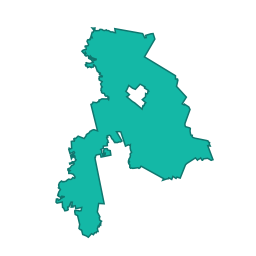 Olaines pag., Olaines, Latvia (Mercator projection), rotated 83°
{"feature_id": "27541924B81919348432461", "entity_name": "Olaines pag.", "entity_type": "district", "adm_level": 2, "iso_a3": "LVA", "parent_name": "Latvia", "parent_adm1": "Olaines", "projection": "mercator", "projection_center": [24.014, 56.772], "detail": "fine", "context": "isolated", "style": "filled", "palette": "teal", "viewbox_px": 256, "rotation_deg": 83, "n_neighbors": 0, "source": "geoboundaries", "source_scale": "gbopen_adm2", "svg_char_len": 5915}
<svg xmlns="http://www.w3.org/2000/svg" viewBox="0 0 256 256"><g transform="rotate(83 128 128)"><path d="M134.4,185.9L141.3,186.4L141.8,187.9L141.0,188.4L140.9,188.9L141.8,188.8L141.9,189.4L146.1,188.7L145.8,186.8L146.0,186.2L145.1,185.6L144.8,184.6L146.1,184.0L146.9,185.0L148.1,185.4L148.3,186.3L147.5,186.5L147.8,188.4L151.6,187.9L150.5,187.0L148.4,186.7L148.2,185.4L148.6,185.4L148.5,184.9L149.1,184.5L149.4,184.9L149.3,185.5L149.9,185.8L150.4,185.4L149.9,184.2L152.2,184.2L153.2,183.4L154.2,184.2L154.7,185.2L155.0,186.3L154.7,187.4L155.5,187.3L155.8,190.3L156.8,190.1L156.1,187.6L156.1,186.3L156.4,185.8L157.1,185.9L157.7,186.5L158.6,188.7L160.5,190.2L161.2,192.6L162.2,192.8L162.7,192.7L162.4,191.6L163.3,190.6L163.9,192.1L165.9,192.3L166.2,190.1L167.3,187.9L169.8,186.6L170.9,186.7L171.4,187.2L170.4,188.8L171.9,190.3L172.1,191.0L171.9,192.0L171.5,193.0L172.3,194.8L173.1,195.6L173.6,198.3L173.3,198.6L173.4,199.7L172.5,200.3L172.9,201.2L174.0,202.7L176.1,203.8L178.7,203.7L179.0,204.3L179.6,203.8L179.4,203.4L180.9,202.6L183.0,204.4L185.4,205.6L185.9,205.2L186.3,205.9L187.1,205.5L188.8,203.0L187.6,202.1L188.3,199.7L188.6,199.8L189.1,201.7L189.7,202.4L189.2,203.2L190.6,204.0L191.3,206.0L189.8,206.3L189.8,207.7L192.8,208.5L193.9,207.6L193.5,202.3L198.9,202.6L199.5,201.7L202.5,200.8L202.4,198.6L201.8,197.3L199.2,197.5L199.1,196.3L194.6,193.6L194.8,192.3L197.2,193.0L198.1,192.9L197.8,193.7L199.6,194.1L199.7,192.2L198.9,192.2L198.7,189.9L201.7,189.7L201.2,183.6L204.3,184.6L204.5,186.7L204.0,187.0L203.4,190.8L204.7,191.1L207.4,190.9L208.8,188.7L217.8,187.7L221.8,188.9L223.3,187.5L223.3,187.0L223.8,186.5L228.2,185.9L230.1,182.4L231.6,180.7L228.4,177.1L229.7,175.3L227.9,173.9L228.1,172.3L227.1,172.0L227.1,170.3L224.2,170.7L221.8,169.5L222.6,168.8L222.3,168.4L221.4,168.2L221.2,167.7L220.8,167.9L220.7,167.3L220.4,167.7L220.3,167.4L220.5,167.2L220.3,167.2L220.2,167.4L220.2,167.5L219.5,167.5L219.1,166.5L218.4,166.7L217.3,165.6L216.0,167.3L213.4,167.4L212.8,166.7L207.6,168.7L199.3,166.3L200.3,160.9L153.5,164.5L153.4,164.0L152.3,163.8L150.9,162.7L150.6,158.6L153.6,158.3L152.8,148.3L148.3,148.4L147.2,151.1L146.2,151.0L145.8,151.5L145.8,154.1L147.9,155.0L150.3,155.2L150.2,153.6L151.4,153.9L152.3,156.3L150.9,156.3L149.2,157.1L147.2,156.8L145.9,157.6L145.2,155.1L143.0,154.7L143.0,150.6L140.3,150.5L139.9,149.3L139.0,149.7L138.5,149.4L135.2,150.4L134.6,150.3L134.6,149.2L133.2,149.5L132.9,147.2L133.7,146.3L136.8,145.3L137.3,144.6L140.2,143.3L140.7,142.2L140.9,142.4L141.2,140.3L140.7,138.5L140.9,137.0L140.2,135.6L130.3,139.9L130.5,137.2L131.0,135.6L145.7,132.7L144.7,129.6L145.4,128.6L144.9,127.7L148.1,128.3L150.6,128.1L152.5,127.4L154.1,129.1L155.3,128.9L157.4,129.5L158.6,130.6L160.8,131.6L161.1,130.9L161.8,130.6L162.0,130.8L161.9,131.6L162.4,131.8L163.9,131.4L164.8,130.7L167.4,131.0L167.8,130.5L168.2,130.4L168.2,129.2L168.6,128.5L168.7,127.4L168.6,123.0L169.4,122.0L168.7,120.6L167.6,120.0L167.6,119.5L182.6,98.8L184.1,99.9L183.2,95.4L183.4,94.4L182.4,93.7L184.4,90.9L181.5,89.3L183.9,86.5L182.7,85.4L184.1,82.3L171.5,75.4L170.3,73.8L165.9,64.7L168.4,63.0L167.6,61.8L167.3,60.6L166.6,59.5L169.0,58.4L169.1,57.9L167.8,56.8L167.8,52.6L170.2,49.4L169.8,47.5L155.3,51.0L155.9,48.6L154.6,49.0L154.5,49.5L152.4,48.8L152.1,49.6L150.6,50.2L150.0,51.5L146.2,63.0L145.1,65.0L144.1,65.5L143.1,65.1L142.5,66.6L138.5,66.8L136.1,66.2L135.5,66.6L133.7,70.7L133.1,71.0L131.2,71.1L130.0,70.7L117.2,64.2L114.5,65.1L111.2,69.1L111.9,69.5L110.6,71.3L104.5,66.3L92.6,74.8L87.0,72.8L87.1,73.2L85.4,73.0L85.1,74.9L81.9,74.5L59.4,103.0L43.0,90.5L37.3,91.6L37.3,93.8L38.2,99.2L40.5,98.9L40.5,100.4L36.1,102.0L27.8,129.0L31.9,128.8L31.5,130.4L30.8,131.4L30.5,133.5L29.0,135.4L28.6,137.3L28.0,137.6L28.4,139.0L28.3,140.1L27.6,141.3L27.1,141.7L26.7,143.5L26.7,143.8L27.7,144.6L27.6,147.9L27.3,148.7L26.3,149.0L24.7,148.6L24.7,150.4L24.4,151.4L27.1,149.8L28.6,150.9L28.6,151.9L32.4,153.5L32.4,153.0L34.1,152.5L33.9,154.1L34.5,154.8L35.6,154.7L35.8,155.3L35.5,156.7L35.8,157.0L35.6,157.2L35.8,157.5L37.0,158.1L40.3,157.0L41.3,157.5L41.5,157.9L41.4,160.4L42.1,160.7L42.4,159.8L44.9,159.9L45.0,160.7L44.9,161.6L45.5,163.6L46.2,164.4L48.4,162.9L49.1,162.1L49.0,161.8L47.7,161.1L48.9,160.6L50.2,162.0L51.3,161.2L51.5,160.3L51.0,159.6L51.8,158.4L53.0,158.2L52.8,157.1L51.9,156.6L53.8,155.3L55.5,151.9L55.5,151.4L56.3,151.3L56.9,153.7L56.3,153.5L55.6,153.8L53.6,157.6L53.4,157.5L53.3,158.5L54.1,158.5L55.4,156.6L57.2,154.9L57.3,155.4L58.6,154.7L59.2,158.1L58.7,160.2L58.1,161.3L58.3,161.7L59.2,161.1L60.0,162.6L61.2,162.4L61.7,161.1L63.1,160.7L62.6,159.2L62.5,158.7L62.8,157.7L63.2,157.7L63.6,157.0L63.1,156.3L63.4,155.3L62.6,154.5L61.0,154.5L60.9,154.2L62.0,153.6L62.8,152.7L67.7,151.6L67.7,151.1L68.2,151.1L69.4,150.3L69.6,150.0L69.5,149.4L69.9,148.9L70.4,148.8L70.6,149.6L71.3,149.8L73.4,147.2L74.0,147.4L74.0,148.5L73.7,149.5L73.4,149.8L73.8,150.5L74.6,150.3L75.6,150.5L75.6,150.8L76.8,150.7L78.8,148.0L80.9,149.8L82.8,149.3L83.9,148.7L84.0,149.2L84.8,149.1L85.2,149.8L87.6,150.3L88.0,149.7L89.3,149.9L90.2,149.3L90.8,147.3L93.1,146.8L93.8,146.0L93.7,144.7L94.2,144.1L95.0,144.2L95.1,143.4L96.6,143.5L97.5,143.8L96.5,144.5L96.5,146.3L95.9,150.4L96.7,152.4L96.6,153.2L97.6,153.7L98.2,153.5L98.3,154.5L99.1,156.0L98.1,159.6L98.9,159.9L99.9,161.0L100.1,161.9L127.1,158.6L125.5,162.1L125.6,163.0L125.9,164.2L126.3,164.6L126.5,165.8L128.2,167.4L129.1,169.5L129.9,170.4L130.7,170.6L133.1,172.8L130.0,178.5L132.1,181.3L131.7,182.0L132.0,183.0L132.9,183.1L133.9,182.6L134.5,182.9L134.3,184.6L134.4,185.9ZM96.3,104.4L96.3,105.7L95.9,106.3L99.2,106.8L101.6,110.4L105.1,107.3L106.0,108.5L107.4,109.1L107.3,109.4L108.1,109.9L107.8,110.5L111.0,111.7L103.8,118.4L102.3,120.3L96.8,125.5L96.4,124.9L96.3,124.1L95.0,122.5L91.3,125.7L90.1,124.6L85.8,122.0L89.0,118.7L90.5,116.0L86.0,110.7L86.2,110.2L89.3,106.1L90.1,106.8L90.4,106.7L93.0,103.4L93.8,103.1L93.7,103.6L96.3,104.4Z" fill="#14b8a6" stroke="#0f766e" stroke-width="1.5"/></g></svg>